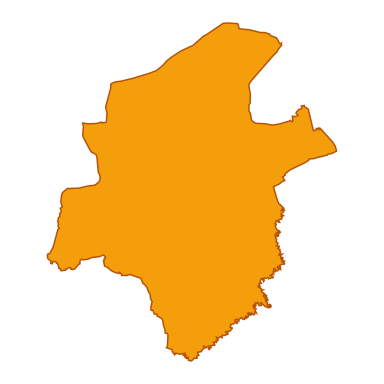 Non Sung, Nakhon Ratchasima, Thailand (Albers equal-area conic projection)
{"feature_id": "78962969B78904215170305", "entity_name": "Non Sung", "entity_type": "district", "adm_level": 2, "iso_a3": "THA", "parent_name": "Thailand", "parent_adm1": "Nakhon Ratchasima", "projection": "albers", "projection_center": [102.297, 15.207], "detail": "fine", "context": "isolated", "style": "filled", "palette": "amber", "viewbox_px": 384, "rotation_deg": 0, "n_neighbors": 0, "source": "geoboundaries", "source_scale": "gbopen_adm2", "svg_char_len": 6025}
<svg xmlns="http://www.w3.org/2000/svg" viewBox="0 0 384 384"><path d="M283.8,262.6L284.6,261.1L283.5,261.0L282.7,262.0L282.2,261.9L282.7,259.6L282.1,259.5L281.6,260.2L280.9,258.5L282.2,258.8L283.0,257.9L280.9,256.8L280.3,255.9L282.3,254.1L280.6,254.2L279.5,255.2L279.0,255.1L280.6,252.0L279.7,250.6L280.0,249.4L277.7,248.4L277.9,247.8L279.1,247.1L279.2,246.2L276.4,245.8L278.1,243.5L277.7,242.7L276.0,242.0L276.7,239.2L275.5,237.7L275.1,234.7L276.2,234.4L276.9,235.2L276.8,236.5L277.6,236.5L278.5,235.8L278.7,233.4L278.2,233.2L276.7,234.0L276.1,233.2L278.5,231.5L279.7,232.8L280.3,232.3L279.6,231.0L277.6,230.2L275.5,227.5L275.3,226.3L276.3,224.8L274.9,223.7L275.8,223.2L276.2,220.6L277.4,220.5L278.3,222.1L279.6,222.3L278.7,220.5L279.1,219.5L281.4,219.2L282.1,217.7L281.2,216.4L283.6,215.7L282.8,214.9L281.5,215.2L281.1,213.7L283.3,212.2L283.3,211.1L284.3,210.6L283.6,209.7L281.4,210.4L282.3,208.7L283.9,208.8L283.9,208.4L279.8,204.3L278.9,204.1L276.9,198.9L273.5,186.7L279.2,184.0L282.4,181.5L284.7,180.5L282.7,176.7L285.1,175.4L284.9,174.1L288.5,171.1L290.4,169.7L305.3,162.5L308.9,160.1L308.9,159.1L314.6,158.5L319.5,156.7L319.9,157.0L327.5,154.9L328.1,154.1L331.5,153.6L336.6,151.0L335.2,146.2L332.8,142.3L320.9,129.0L319.6,129.5L319.9,128.2L318.3,128.0L317.7,129.1L316.4,128.6L316.4,129.3L314.6,130.8L313.3,130.4L308.3,109.3L306.1,107.6L304.3,106.9L304.2,105.5L301.3,106.0L301.9,107.6L301.2,109.1L298.9,109.4L296.4,112.1L296.1,113.6L297.8,114.7L297.8,115.6L295.3,116.6L292.3,116.2L292.9,121.0L292.1,121.7L290.2,120.4L289.4,121.0L279.4,124.0L272.3,125.1L264.7,123.7L255.8,123.3L252.9,121.6L251.4,119.9L250.4,113.3L248.9,110.8L249.0,104.8L250.1,103.3L250.4,94.4L248.9,86.1L249.0,84.3L250.9,81.2L273.8,54.9L277.2,51.7L277.9,49.7L281.7,45.1L281.1,44.0L281.4,43.1L279.9,43.7L276.4,37.8L270.6,35.6L269.3,33.8L268.3,33.9L265.8,32.6L260.3,32.5L249.6,29.8L239.8,28.9L239.1,28.5L238.0,24.1L237.3,23.6L226.9,23.0L223.0,23.4L206.4,34.7L203.9,35.8L193.1,45.3L180.9,51.0L171.4,57.2L167.1,60.6L162.8,65.4L156.6,70.5L149.0,73.4L132.6,78.4L121.0,81.2L115.7,81.8L111.3,83.5L110.8,84.4L110.8,87.8L105.6,107.1L107.1,113.4L106.3,122.0L105.5,122.5L102.4,122.8L101.6,122.7L101.5,122.1L97.0,123.4L91.9,123.7L87.8,123.8L82.7,123.0L83.4,126.5L82.7,135.0L83.4,137.5L89.9,149.8L91.5,152.1L95.9,154.4L96.9,156.7L98.3,172.1L100.1,175.9L100.0,179.6L98.8,182.1L95.0,185.1L87.4,186.1L78.5,188.2L67.3,188.5L62.5,192.6L61.6,195.3L60.8,202.0L62.4,206.9L60.3,208.2L61.2,210.8L61.0,212.5L59.6,213.5L60.0,216.3L58.2,218.0L58.2,220.6L57.6,221.0L58.3,223.1L58.1,226.9L59.3,228.4L57.9,229.5L53.2,246.9L49.7,253.6L48.1,253.8L47.4,255.1L47.6,258.3L50.9,261.1L50.8,263.5L52.3,263.7L52.5,262.2L54.4,261.4L56.3,262.1L56.5,263.0L57.8,264.1L58.7,266.8L58.5,267.9L59.1,268.6L60.6,269.0L60.5,269.9L61.1,270.8L65.6,270.1L65.9,269.1L66.7,269.1L68.5,267.7L70.6,267.8L70.7,269.1L72.5,269.6L74.6,269.1L78.4,264.5L80.0,263.8L79.8,261.4L81.5,259.2L82.9,259.8L87.8,259.3L91.6,257.6L99.6,256.6L103.1,255.1L104.5,255.8L105.5,257.5L104.0,259.1L104.2,260.6L103.5,261.0L104.6,266.1L106.7,266.9L111.4,270.7L114.3,272.2L119.0,273.5L119.5,272.4L121.5,274.2L121.6,275.4L126.6,275.5L130.2,274.6L140.8,278.3L143.1,283.7L144.2,284.1L146.9,287.3L148.8,292.4L150.2,294.4L150.5,298.6L152.1,301.9L150.9,306.9L151.0,310.2L153.1,310.5L154.2,314.0L157.0,314.2L157.1,316.0L161.0,318.0L162.6,319.9L163.4,325.0L165.0,329.8L165.2,333.1L167.0,333.2L168.0,335.0L167.4,346.3L166.4,347.7L172.1,349.6L172.3,351.8L173.0,352.0L173.4,353.5L174.6,353.6L174.7,354.2L175.1,353.3L175.8,354.0L176.1,353.5L177.6,353.4L179.7,354.3L182.4,353.5L182.9,354.2L184.3,353.5L183.4,355.1L185.6,354.3L184.9,355.0L185.6,355.2L184.6,355.7L184.9,356.4L185.8,356.2L185.4,357.1L186.1,356.9L186.1,357.9L187.2,357.6L187.0,358.2L188.1,357.8L187.8,358.4L188.3,358.8L188.3,360.1L191.0,361.0L192.8,359.9L193.8,358.5L197.2,358.0L196.8,355.9L198.9,355.2L198.1,354.3L197.5,352.3L201.5,351.6L201.6,350.5L204.1,348.2L203.5,346.2L204.4,346.3L205.5,347.9L208.1,346.4L208.7,347.4L208.3,348.9L209.3,349.6L209.9,348.4L211.2,347.6L209.8,345.8L211.8,345.7L212.9,345.0L214.5,345.4L214.8,344.7L213.5,342.2L216.5,342.5L216.2,340.3L217.6,340.7L218.2,340.2L216.5,337.3L218.8,338.0L220.3,336.8L222.1,337.7L222.0,335.3L224.0,335.6L227.9,334.2L227.9,333.4L226.0,332.7L225.9,331.8L226.6,331.4L228.4,331.8L230.7,330.5L231.1,329.3L232.2,328.5L232.1,327.9L230.2,327.4L230.2,326.5L230.9,325.9L230.5,324.3L233.7,323.9L235.7,322.6L237.3,323.3L237.4,322.3L234.9,320.8L234.8,320.0L237.2,319.1L237.5,320.5L238.8,321.3L239.0,319.5L241.3,317.6L242.0,317.8L242.4,319.0L244.2,319.5L244.8,319.1L244.4,318.0L246.6,318.3L246.7,317.8L245.6,316.4L246.2,316.1L247.9,317.0L248.4,316.7L248.2,315.8L249.5,314.6L247.5,313.6L248.8,312.6L250.2,313.4L250.5,315.1L251.5,314.9L251.7,313.2L253.9,314.8L254.6,314.4L254.9,312.1L256.4,313.0L255.0,310.4L256.1,308.9L254.4,308.0L255.5,306.2L254.1,306.5L253.7,307.6L253.1,306.3L253.6,304.9L255.4,304.9L255.1,303.0L256.8,303.8L257.6,302.3L258.8,303.6L258.5,304.6L259.1,305.6L261.2,305.6L261.8,304.9L260.7,303.2L261.2,302.6L265.6,306.9L267.1,306.9L268.2,307.7L269.1,306.0L269.6,306.4L269.6,307.5L270.5,307.4L271.1,306.3L270.7,304.9L269.7,304.4L267.5,305.3L267.0,304.3L267.5,302.4L265.7,301.5L266.2,300.6L268.0,300.1L267.7,299.5L265.6,300.0L265.9,298.3L267.0,298.0L267.0,297.4L266.1,297.1L265.4,298.0L264.8,297.8L266.5,295.5L265.7,295.0L263.5,296.1L263.6,294.7L265.0,294.4L263.6,292.9L261.4,291.8L261.6,290.9L262.9,290.0L261.4,290.1L261.3,288.4L259.7,287.8L260.0,286.5L258.5,287.1L258.0,286.2L259.5,284.9L259.2,283.5L261.3,283.3L260.1,281.5L261.2,278.6L262.5,279.1L263.6,281.5L264.3,280.1L263.1,278.8L263.5,278.1L266.2,278.2L267.8,277.6L268.7,278.9L271.3,277.7L273.0,277.8L273.2,277.1L272.6,276.3L270.3,275.5L272.2,274.3L273.8,274.5L273.2,272.1L275.5,271.6L275.4,271.0L273.7,271.0L273.6,268.8L274.8,268.6L276.4,270.7L277.7,270.8L279.1,269.3L278.7,268.3L277.3,267.5L277.8,266.5L279.8,267.9L280.0,269.4L280.7,269.6L280.4,266.7L279.6,265.3L282.2,264.2L284.3,264.2L284.5,263.6L283.8,262.6Z" fill="#f59e0b" stroke="#b45309" stroke-width="1.5"/></svg>